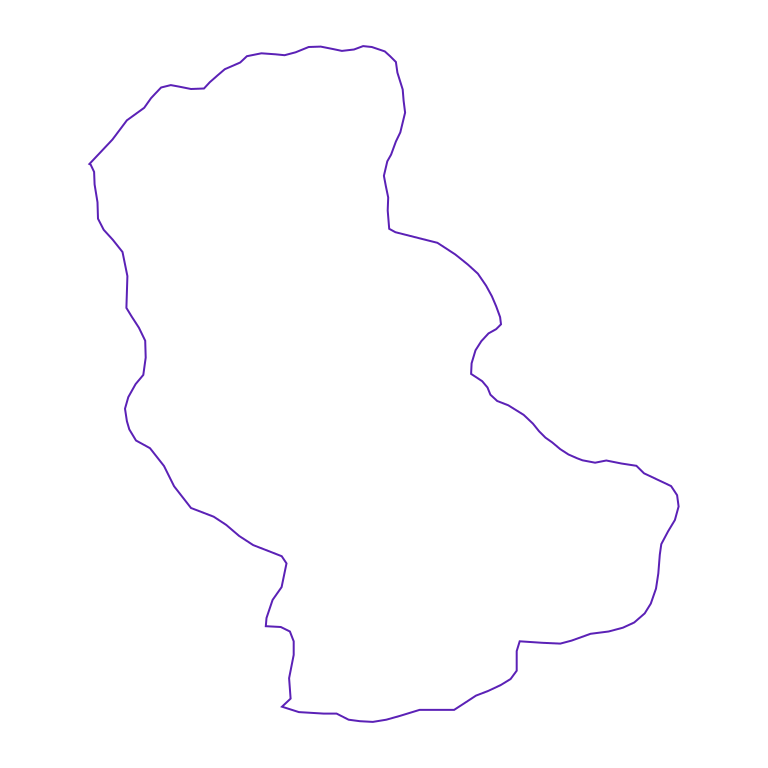 outline of Julau, Sarawak, Malaysia
{"feature_id": "92858781B53713616698711", "entity_name": "Julau", "entity_type": "district", "adm_level": 2, "iso_a3": "MYS", "parent_name": "Malaysia", "parent_adm1": "Sarawak", "projection": "mercator", "projection_center": [111.958, 1.83], "detail": "fine", "context": "isolated", "style": "outline", "palette": "violet", "viewbox_px": 768, "rotation_deg": 0, "n_neighbors": 0, "source": "geoboundaries", "source_scale": "gbopen_adm2", "svg_char_len": 2001}
<svg xmlns="http://www.w3.org/2000/svg" viewBox="0 0 768 768"><path d="M282.0,706.7L298.9,712.1L323.8,713.6L336.6,713.6L348.6,719.7L359.9,721.2L372.8,721.9L386.3,719.7L399.9,715.9L419.5,709.9L433.0,709.9L454.1,709.9L476.0,695.6L488.0,691.0L500.8,685.0L510.6,679.0L516.7,670.7L516.7,651.1L519.7,641.3L542.3,642.8L560.3,643.6L571.6,640.6L590.5,633.8L608.6,631.5L622.9,627.7L634.2,622.5L644.7,613.4L650.8,603.6L656.0,588.6L658.3,573.5L659.8,554.7L660.7,548.3L661.3,544.1L668.1,531.3L674.9,520.0L678.6,506.5L677.1,495.2L671.1,486.1L644.0,473.3L636.4,465.8L621.4,463.5L606.3,460.5L595.1,462.7L582.5,460.3L577.2,458.3L568.5,454.5L560.3,449.2L552.2,442.4L545.4,437.6L539.1,431.3L532.9,423.6L523.7,414.9L508.3,405.3L497.2,401.0L490.4,394.7L487.5,387.5L482.2,381.2L471.1,373.9L471.6,363.3L475.5,350.3L481.3,341.2L488.5,333.4L496.2,329.1L501.0,324.3L500.1,317.1L496.2,306.4L491.9,296.3L486.1,285.7L477.9,273.7L467.8,264.5L455.2,254.4L437.4,242.8L414.3,237.0L395.4,232.2L389.2,228.8L387.7,210.5L388.2,197.5L385.8,185.9L383.9,175.8L387.3,161.3L391.1,154.6L395.9,141.5L400.3,132.4L405.1,112.6L403.6,100.6L402.7,89.5L397.4,72.6L395.9,62.0L390.1,56.2L384.8,51.4L371.8,47.0L363.1,46.1L354.0,49.5L341.9,50.9L332.8,49.0L320.7,46.6L308.7,47.0L295.6,52.3L284.6,55.2L275.4,54.3L261.4,53.3L246.9,56.2L240.2,62.5L224.8,69.2L218.0,75.0L209.8,82.2L204.0,88.5L191.0,89.0L179.0,86.6L170.8,85.1L161.1,87.5L155.2,93.7L151.0,98.2L144.2,107.8L126.9,120.3L112.4,139.6L89.4,164.0L90.7,164.7L94.1,171.9L94.6,184.5L97.5,202.3L98.0,218.7L103.7,229.8L112.9,239.9L122.5,252.0L127.4,276.1L126.4,307.9L131.7,316.6L138.9,327.7L145.2,340.7L145.7,357.6L143.3,374.9L135.6,384.1L128.3,397.1L125.0,408.7L126.9,421.2L129.3,429.4L136.0,440.5L150.0,448.2L164.0,466.0L174.1,486.3L191.0,508.0L213.7,516.7L226.2,524.9L239.2,536.0L253.2,545.1L281.7,556.2L286.5,563.4L281.6,587.1L272.6,599.9L266.5,618.0L265.8,626.2L280.8,627.0L289.9,631.5L293.7,641.3L293.7,654.9L289.1,678.2L290.6,698.6L282.0,706.7Z" fill="none" stroke="#5b21b6" stroke-width="2"/></svg>